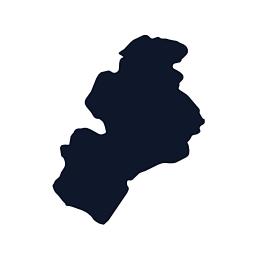 an SVG outline of Kronoberg, rotated 317°
{"feature_id": "SWE-182", "entity_name": "Kronoberg", "entity_type": "County", "adm_level": 1, "iso_a3": "SWE", "parent_name": "Sweden", "parent_adm1": "", "projection": "albers", "projection_center": [14.682, 56.81], "detail": "fine", "context": "isolated", "style": "filled", "palette": "ink", "viewbox_px": 256, "rotation_deg": 317, "n_neighbors": 0, "source": "natural_earth", "source_scale": "10m", "svg_char_len": 2813}
<svg xmlns="http://www.w3.org/2000/svg" viewBox="0 0 256 256"><g transform="rotate(317 128 128)"><path d="M44.7,181.5L42.5,178.1L41.4,174.4L41.2,173.0L41.1,171.9L41.1,170.8L41.3,170.0L41.5,168.7L41.5,166.8L41.0,162.4L40.2,159.7L38.8,156.2L33.8,146.7L32.5,144.6L30.7,142.7L30.5,142.2L31.0,141.0L31.2,140.2L31.2,139.0L31.1,136.8L31.7,130.0L31.6,126.0L31.9,124.0L32.5,122.3L33.5,120.1L33.9,119.4L34.4,119.0L35.7,118.8L38.3,117.7L39.5,117.5L44.7,117.6L45.7,117.3L48.7,115.6L55.1,113.9L56.6,113.1L57.9,112.0L59.4,110.1L60.7,107.4L61.1,105.9L60.8,103.2L65.2,96.7L66.1,96.3L67.5,96.0L69.7,97.4L72.8,100.5L73.7,100.7L74.4,100.5L80.6,95.7L83.1,95.1L85.1,95.0L86.9,94.2L88.3,94.1L89.3,94.2L91.0,95.1L93.0,97.0L95.1,98.2L96.4,99.3L97.4,100.4L97.7,101.0L99.0,103.7L102.0,112.9L102.8,114.2L104.0,115.4L106.4,116.6L108.7,117.0L109.3,116.8L109.5,116.6L109.8,116.4L112.6,111.7L114.3,107.7L114.5,106.2L114.5,105.0L114.1,102.8L114.0,101.5L114.0,101.3L112.8,100.3L112.1,99.5L111.5,98.3L111.3,96.8L111.5,95.3L112.3,91.5L112.8,84.0L113.5,81.4L115.2,79.5L117.3,78.5L126.1,76.7L139.1,70.6L143.0,69.5L146.0,69.5L152.4,73.2L153.2,74.3L153.6,76.0L154.0,77.5L155.2,79.0L156.8,80.0L159.3,80.3L160.6,80.1L162.2,79.1L166.3,75.1L168.5,73.6L170.3,73.1L173.3,73.9L173.8,73.6L173.9,72.6L173.6,71.1L172.6,67.8L173.0,67.4L177.3,68.0L178.2,68.4L188.6,67.7L192.1,68.0L202.4,71.3L204.3,73.0L204.9,74.0L205.1,75.2L205.1,77.2L205.6,79.0L206.7,80.1L211.0,82.0L211.8,82.6L212.0,83.2L212.2,84.0L212.4,84.9L213.0,85.9L216.4,89.3L217.1,90.4L217.8,91.8L222.2,97.8L222.8,99.2L223.1,100.2L223.3,100.9L223.5,101.6L224.9,104.7L225.4,106.5L225.5,108.7L224.7,111.0L222.9,113.0L220.7,113.6L213.7,113.8L212.4,114.6L211.7,114.7L210.9,114.6L206.2,111.8L204.7,111.6L203.6,111.9L202.6,112.5L201.7,113.5L201.2,114.6L201.3,116.1L202.6,119.7L203.2,121.8L203.6,123.8L203.7,125.6L203.5,127.0L202.8,128.0L201.9,128.8L200.9,129.2L197.2,129.4L196.1,129.6L195.2,130.1L194.3,131.3L193.5,131.8L191.6,132.8L191.1,133.7L191.0,135.2L191.7,138.2L192.6,141.7L193.0,143.5L193.2,146.3L192.6,159.1L192.6,161.5L192.3,163.0L191.6,164.0L190.7,164.6L190.0,165.5L189.5,166.9L188.5,171.3L188.5,171.8L188.5,172.4L189.1,173.8L187.6,175.6L186.7,176.0L185.6,176.0L183.4,175.4L181.8,175.4L180.2,176.0L179.4,176.8L179.0,177.7L178.7,178.5L178.3,179.1L177.8,179.4L176.9,179.5L175.6,179.3L173.8,178.6L171.5,177.1L170.4,176.7L169.1,176.7L165.5,177.9L162.1,178.2L161.3,178.4L160.7,178.9L160.5,179.8L160.2,180.8L159.7,182.0L157.0,185.8L154.5,188.1L152.8,188.6L150.9,188.5L139.7,185.3L137.8,184.2L135.0,181.8L132.1,178.6L129.7,176.6L125.4,174.7L111.4,170.5L107.4,168.7L105.1,168.1L96.1,168.2L94.9,167.8L93.1,166.0L92.0,165.5L90.9,165.6L89.6,166.6L88.5,167.8L87.9,168.8L87.5,169.7L87.2,171.4L86.8,172.4L85.4,173.2L83.0,174.2L50.6,181.6L44.7,181.5Z" fill="#0f172a" stroke="#020617" stroke-width="1.5"/></g></svg>